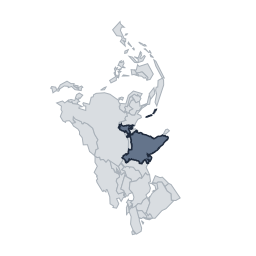 India highlighted on a map of Asia, rotated 243°
{"feature_id": "IND", "entity_name": "India", "entity_type": "country or territory", "adm_level": 0, "iso_a3": "IND", "parent_name": "Asia", "parent_adm1": "", "projection": "albers", "projection_center": [83.514, 21.122], "detail": "fine", "context": "in_parent", "style": "filled", "palette": "slate", "viewbox_px": 256, "rotation_deg": 243, "n_neighbors": 45, "source": "natural_earth", "source_scale": "50m", "svg_char_len": 17447}
<svg xmlns="http://www.w3.org/2000/svg" viewBox="0 0 256 256"><g transform="rotate(243 128 128)"><path d="M117.9,85.9L115.7,87.1L114.9,89.5L112.2,89.0L111.1,91.9L107.6,92.9L108.8,95.9L107.9,97.3L99.3,95.3L98.1,96.6L94.8,96.0L90.9,99.2L88.1,98.1L87.6,94.9L86.0,93.4L81.9,93.3L77.4,89.1L73.7,89.5L72.7,95.7L70.3,93.5L67.8,94.0L68.2,92.3L65.7,88.6L69.7,88.3L70.2,85.7L64.7,85.4L61.8,81.4L64.0,78.5L65.1,79.7L68.6,77.6L74.9,80.5L82.5,81.4L83.0,80.7L81.0,79.3L83.5,78.1L82.7,77.0L83.3,76.5L93.6,75.7L95.9,76.2L96.2,77.7L99.3,78.1L99.2,78.9L103.8,77.7L107.9,83.3L112.4,83.0L117.9,85.9Z" fill="#d9dde1" stroke="#a8b0b8" stroke-width="1"/><path d="M72.7,95.7L73.7,89.5L77.4,89.1L81.9,93.3L86.0,93.4L87.6,94.9L88.1,98.1L90.3,99.2L94.5,96.8L93.6,98.0L97.3,99.4L95.4,100.5L93.7,100.2L93.9,99.0L91.9,99.2L90.5,101.2L89.3,101.0L90.1,103.6L89.1,105.3L76.9,93.9L74.3,95.9L72.7,95.7Z" fill="#d9dde1" stroke="#a8b0b8" stroke-width="1"/><path d="M222.5,158.9L226.4,169.2L224.2,168.5L219.5,170.4L220.9,168.0L218.4,165.5L209.4,165.2L208.5,166.5L205.9,165.0L208.8,163.0L206.1,163.8L202.3,162.7L208.6,160.4L210.4,163.4L212.7,163.8L215.4,159.8L222.5,158.9ZM195.3,178.6L194.8,180.9L192.9,181.5L193.6,179.8L195.3,178.6ZM212.2,170.2L211.6,169.1L212.0,167.7L212.8,168.8L212.2,170.2ZM176.7,160.1L176.0,161.9L180.0,165.2L177.8,165.9L176.4,174.7L164.6,175.0L161.2,169.7L162.1,166.7L164.1,168.6L170.2,166.7L171.6,166.0L172.9,160.6L176.7,160.1ZM198.5,168.2L203.2,166.3L204.3,167.3L198.5,168.2ZM196.8,169.4L195.4,169.4L194.8,168.8L196.7,168.2L196.8,169.4ZM196.0,158.9L197.9,160.2L197.7,163.9L195.5,161.1L196.0,158.9ZM183.4,163.7L191.4,161.5L189.0,164.2L182.5,165.8L182.5,167.2L184.5,168.3L188.7,165.9L185.8,168.9L190.4,173.8L188.6,174.1L189.2,172.6L186.8,173.3L185.1,170.3L183.9,171.1L185.2,175.4L184.0,175.9L181.0,171.6L181.8,166.1L183.4,163.7ZM187.5,182.4L183.8,182.6L185.6,181.8L187.5,182.4ZM185.4,180.9L189.4,179.4L191.0,178.4L190.9,179.3L185.4,180.9ZM181.2,180.7L183.8,181.1L179.2,182.7L181.2,180.7ZM157.3,181.2L170.4,180.9L177.0,182.0L174.8,183.1L156.1,183.0L157.3,181.2ZM151.0,173.1L156.7,176.4L156.8,181.2L154.6,181.5L150.1,179.3L134.6,163.7L138.7,163.8L145.1,168.8L148.8,169.6L151.6,171.6L151.0,173.1Z" fill="#d9dde1" stroke="#a8b0b8" stroke-width="1"/><path d="M195.8,179.4L197.1,177.4L199.7,176.6L195.8,179.4Z" fill="#d9dde1" stroke="#a8b0b8" stroke-width="1"/><path d="M39.9,102.6L37.9,104.6L36.6,108.7L36.5,105.4L38.8,102.6L39.9,102.6Z" fill="#d9dde1" stroke="#a8b0b8" stroke-width="1"/><path d="M41.6,101.3L38.8,102.6L41.5,100.6L41.6,101.3Z" fill="#d9dde1" stroke="#a8b0b8" stroke-width="1"/><path d="M39.1,104.0L37.6,105.5L38.6,103.6L39.1,104.0Z" fill="#d9dde1" stroke="#a8b0b8" stroke-width="1"/><path d="M39.1,104.0L44.4,103.7L44.4,106.0L40.8,106.2L41.8,108.4L38.1,109.8L36.6,108.7L39.1,104.0Z" fill="#d9dde1" stroke="#a8b0b8" stroke-width="1"/><path d="M60.3,124.8L64.2,125.8L68.3,123.5L65.3,129.1L60.5,127.2L60.3,124.8Z" fill="#d9dde1" stroke="#a8b0b8" stroke-width="1"/><path d="M59.2,123.6L59.4,122.3L60.5,121.3L60.7,123.0L59.2,123.6Z" fill="#d9dde1" stroke="#a8b0b8" stroke-width="1"/><path d="M55.8,112.8L56.9,115.9L54.2,114.3L55.8,112.8Z" fill="#d9dde1" stroke="#a8b0b8" stroke-width="1"/><path d="M44.4,106.0L44.4,103.7L48.2,102.8L49.5,99.5L52.1,98.3L54.9,99.4L56.2,102.5L54.5,105.2L56.8,108.6L57.7,113.5L51.4,113.5L44.4,106.0Z" fill="#d9dde1" stroke="#a8b0b8" stroke-width="1"/><path d="M65.7,128.7L68.3,125.0L73.1,130.7L69.2,134.0L68.6,136.3L60.1,139.1L59.1,134.5L64.4,133.6L66.2,130.2L65.7,128.7ZM68.9,122.5L68.1,122.9L68.7,122.3L68.9,122.5Z" fill="#d9dde1" stroke="#a8b0b8" stroke-width="1"/><path d="M146.6,150.3L146.9,146.5L152.3,146.4L153.0,145.1L155.2,146.7L155.3,148.9L152.5,150.7L153.5,151.7L148.6,153.0L146.6,150.3Z" fill="#d9dde1" stroke="#a8b0b8" stroke-width="1"/><path d="M150.8,145.9L146.9,146.5L146.6,150.3L142.0,148.6L141.2,156.3L147.1,161.2L145.4,162.3L139.4,158.1L141.4,151.4L138.3,145.8L139.4,143.7L136.4,139.8L137.7,137.3L140.7,135.7L142.9,137.2L142.9,140.9L146.4,139.0L149.2,140.3L151.1,143.5L150.8,145.9Z" fill="#d9dde1" stroke="#a8b0b8" stroke-width="1"/><path d="M154.6,145.5L150.8,145.9L151.1,143.5L147.7,138.9L142.9,140.9L142.9,137.2L140.7,135.7L143.4,134.0L142.9,131.9L145.8,134.4L147.9,134.2L148.7,135.7L147.3,137.1L154.0,142.4L154.6,145.5Z" fill="#d9dde1" stroke="#a8b0b8" stroke-width="1"/><path d="M140.7,135.7L137.7,137.3L136.4,139.8L139.4,143.7L138.3,145.8L141.4,151.4L139.9,155.2L139.2,149.4L136.3,142.6L133.3,145.1L131.2,144.6L131.2,140.6L127.4,134.7L131.5,125.0L134.6,123.8L134.7,121.6L137.0,122.8L135.9,129.6L137.6,129.2L139.2,131.1L138.9,132.7L142.1,132.8L140.7,135.7Z" fill="#d9dde1" stroke="#a8b0b8" stroke-width="1"/><path d="M150.2,153.0L153.5,151.7L152.5,150.7L155.3,148.9L154.6,143.6L147.3,137.1L148.7,135.7L147.9,134.2L145.8,134.4L143.7,131.5L148.7,129.2L153.7,131.9L150.4,137.0L156.9,143.2L158.5,149.6L152.1,156.2L150.2,153.0Z" fill="#d9dde1" stroke="#a8b0b8" stroke-width="1"/><path d="M179.8,87.3L179.3,90.2L176.7,93.0L178.4,95.1L173.5,96.9L173.9,94.5L172.0,94.0L172.9,92.6L174.8,89.8L176.9,89.9L176.4,89.1L178.6,86.6L179.8,87.3Z" fill="#d9dde1" stroke="#a8b0b8" stroke-width="1"/><path d="M175.7,97.0L178.5,94.6L181.0,97.3L181.3,100.4L177.8,102.6L176.1,98.7L177.1,98.1L175.7,97.0Z" fill="#d9dde1" stroke="#a8b0b8" stroke-width="1"/><path d="M118.5,85.7L124.5,83.1L131.5,84.3L133.3,80.5L140.1,82.8L144.4,81.9L146.8,83.2L149.8,82.9L154.5,80.3L157.7,80.2L157.2,83.9L160.2,82.7L162.9,83.8L154.9,89.2L152.6,89.1L152.1,90.3L153.0,91.4L151.2,93.2L143.7,96.5L137.6,95.4L131.1,95.9L129.4,93.5L123.1,92.1L123.1,89.5L118.5,85.7Z" fill="#d9dde1" stroke="#a8b0b8" stroke-width="1"/><path d="M126.9,130.8L127.6,136.2L125.8,132.4L124.3,132.4L124.0,134.2L121.9,133.9L120.1,129.4L121.5,128.0L120.3,127.1L120.8,125.8L123.1,127.9L127.2,128.2L125.3,131.1L126.3,132.0L126.9,130.8Z" fill="#d9dde1" stroke="#a8b0b8" stroke-width="1"/><path d="M125.8,123.1L126.4,124.8L121.2,124.6L123.0,122.3L125.8,123.1Z" fill="#d9dde1" stroke="#a8b0b8" stroke-width="1"/><path d="M120.0,123.2L120.0,125.9L118.7,125.9L107.2,121.5L109.5,118.6L116.3,122.6L120.0,123.2Z" fill="#d9dde1" stroke="#a8b0b8" stroke-width="1"/><path d="M104.0,109.2L102.5,110.7L97.6,111.0L99.8,114.9L93.8,122.5L91.9,122.2L90.0,124.0L92.1,129.0L87.3,129.8L84.6,126.3L76.6,126.0L77.5,123.9L80.0,123.3L76.8,117.2L79.4,118.5L85.5,118.1L86.7,115.6L90.5,114.9L95.0,106.9L100.1,106.1L101.5,108.4L104.0,109.2Z" fill="#d9dde1" stroke="#a8b0b8" stroke-width="1"/><path d="M84.5,104.8L91.1,105.5L93.7,103.3L95.0,106.5L97.3,105.3L100.1,106.1L94.1,107.6L94.5,109.3L93.2,111.3L91.8,111.2L92.3,112.4L90.5,114.9L86.7,115.6L85.5,118.1L79.4,118.5L76.8,117.2L78.5,115.7L77.1,111.4L78.8,106.8L81.4,107.6L84.5,104.8Z" fill="#d9dde1" stroke="#a8b0b8" stroke-width="1"/><path d="M89.1,105.3L90.1,103.6L89.3,101.0L93.9,99.0L94.3,100.2L91.9,101.3L98.1,101.9L99.8,105.6L95.0,106.5L93.7,103.3L91.1,105.5L89.1,105.3Z" fill="#d9dde1" stroke="#a8b0b8" stroke-width="1"/><path d="M94.5,96.8L98.1,96.6L99.3,95.3L107.9,97.3L98.1,101.9L91.9,101.3L92.1,100.3L97.3,99.4L93.6,98.0L94.5,96.8Z" fill="#d9dde1" stroke="#a8b0b8" stroke-width="1"/><path d="M67.8,94.0L70.3,93.5L71.9,95.6L74.3,95.9L76.9,93.9L87.3,103.6L87.2,104.7L86.1,104.0L80.3,107.6L78.8,106.8L78.9,105.2L73.7,101.7L68.4,102.3L68.9,99.2L67.5,97.0L68.1,95.6L70.8,96.0L69.7,93.7L68.1,95.2L67.8,94.0Z" fill="#d9dde1" stroke="#a8b0b8" stroke-width="1"/><path d="M57.7,113.5L56.8,108.6L54.5,105.2L56.2,102.5L54.5,97.8L54.9,95.3L57.6,97.2L60.7,96.4L61.6,100.2L63.7,101.9L68.2,102.6L72.7,101.3L78.9,105.2L77.1,111.4L78.5,115.7L76.8,117.2L80.0,123.3L77.5,123.9L76.6,126.0L70.2,123.8L69.9,121.4L64.3,120.7L61.5,118.2L60.2,113.6L57.7,113.5Z" fill="#d9dde1" stroke="#a8b0b8" stroke-width="1"/><path d="M39.5,103.5L41.6,101.3L41.2,98.9L43.1,96.9L51.4,98.4L49.5,99.5L48.2,102.8L40.9,104.7L39.5,103.5Z" fill="#d9dde1" stroke="#a8b0b8" stroke-width="1"/><path d="M58.1,97.3L54.7,93.7L54.9,92.3L57.6,93.5L58.1,97.3Z" fill="#d9dde1" stroke="#a8b0b8" stroke-width="1"/><path d="M54.9,99.4L43.1,96.9L41.7,98.3L42.2,96.9L40.2,96.0L32.6,94.7L30.0,92.8L29.6,87.4L34.9,86.1L41.3,86.7L47.5,90.5L53.8,91.1L56.0,95.1L54.9,95.3L54.9,99.4ZM31.0,83.5L33.7,84.2L34.6,85.8L30.3,86.4L31.0,83.5Z" fill="#d9dde1" stroke="#a8b0b8" stroke-width="1"/><path d="M109.4,160.8L109.1,162.7L106.7,163.6L105.6,159.5L106.5,156.6L109.4,160.8Z" fill="#d9dde1" stroke="#a8b0b8" stroke-width="1"/><path d="M157.1,137.7L155.3,135.7L158.7,133.8L158.4,136.5L157.1,137.7ZM98.1,101.9L108.8,95.9L107.6,92.9L111.1,91.9L112.2,89.0L114.9,89.5L115.7,87.1L118.5,85.7L123.1,89.5L123.1,92.1L129.4,93.5L131.1,95.9L137.6,95.4L143.7,96.5L149.6,94.1L153.0,91.4L152.1,90.3L152.6,89.1L154.9,89.2L159.8,85.1L162.9,84.4L160.2,82.7L156.7,83.3L157.7,80.2L161.1,79.1L162.4,75.9L161.4,74.9L163.9,73.2L168.9,72.9L172.4,76.8L174.8,76.7L177.7,78.6L182.7,75.8L181.8,81.9L179.1,83.0L179.8,87.3L178.6,86.6L176.4,89.1L176.9,89.9L174.8,89.8L172.0,94.0L167.8,96.9L168.8,93.9L167.8,93.2L162.8,98.3L166.6,100.3L167.9,98.7L170.3,98.9L170.8,99.7L166.6,104.4L172.1,109.2L171.6,111.2L173.2,112.4L173.3,115.4L170.0,123.2L166.2,127.3L158.3,131.4L158.0,133.5L157.1,133.7L156.8,131.7L152.0,131.6L151.2,129.9L148.7,129.2L142.9,131.9L143.4,134.0L138.9,132.7L139.2,131.1L137.6,129.2L135.9,129.6L137.0,122.8L135.7,121.4L133.0,121.5L132.6,119.6L127.1,122.8L123.0,122.3L121.2,124.2L121.0,122.8L116.3,122.6L105.1,116.5L105.6,111.4L101.5,108.4L98.1,101.9Z" fill="#d9dde1" stroke="#a8b0b8" stroke-width="1"/><path d="M174.2,120.8L174.8,125.4L174.5,127.1L172.8,124.4L174.2,120.8Z" fill="#d9dde1" stroke="#a8b0b8" stroke-width="1"/><path d="M59.2,92.0L60.9,93.6L62.3,92.8L64.3,96.0L63.1,95.8L61.4,98.8L60.7,96.4L58.1,97.3L57.3,95.0L56.9,92.5L59.0,93.4L59.2,92.0ZM57.6,97.2L56.7,96.7L56.0,95.1L57.3,95.8L57.6,97.2Z" fill="#d9dde1" stroke="#a8b0b8" stroke-width="1"/><path d="M50.9,87.1L58.1,90.6L59.3,93.2L52.2,90.8L52.6,88.9L50.9,87.1Z" fill="#d9dde1" stroke="#a8b0b8" stroke-width="1"/><path d="M179.5,144.4L177.3,142.6L179.6,142.8L179.5,144.4ZM183.9,149.4L183.0,146.1L184.0,147.0L184.8,145.0L183.9,149.4ZM187.8,147.0L191.0,150.9L190.9,152.7L189.7,151.1L189.1,152.2L189.8,154.3L187.4,153.8L185.5,151.2L182.8,153.0L184.9,149.7L188.3,148.3L187.8,147.0ZM177.4,148.0L173.8,152.9L176.8,146.6L177.4,148.0ZM178.7,133.2L179.4,140.4L183.4,140.5L184.2,142.6L181.8,141.3L177.7,141.7L178.0,140.4L175.8,139.2L175.9,133.3L178.7,133.2ZM181.6,147.3L180.7,144.7L183.0,144.8L181.6,147.3ZM186.9,142.7L187.9,144.5L186.4,144.4L186.6,146.6L184.6,142.5L186.9,142.7Z" fill="#d9dde1" stroke="#a8b0b8" stroke-width="1"/><path d="M143.3,161.2L148.8,162.3L152.1,169.4L146.4,167.5L143.3,161.2ZM176.7,160.1L172.9,160.6L171.6,166.0L164.1,168.6L162.6,167.8L162.1,166.7L165.0,166.5L165.1,164.9L168.0,163.7L169.8,160.8L172.0,160.7L173.6,155.6L178.6,157.3L176.7,160.1Z" fill="#d9dde1" stroke="#a8b0b8" stroke-width="1"/><path d="M171.8,158.7L172.0,160.7L170.8,161.5L169.8,160.8L171.8,158.7Z" fill="#d9dde1" stroke="#a8b0b8" stroke-width="1"/><path d="M197.2,87.3L197.4,94.9L193.4,97.4L192.0,100.1L190.3,98.5L184.7,101.6L186.6,102.4L186.5,105.7L184.8,106.2L184.7,104.6L182.6,103.3L186.2,98.2L190.6,96.6L191.1,93.1L192.3,93.6L194.4,90.2L193.8,84.9L195.1,84.0L197.2,87.3ZM197.9,78.2L198.6,77.2L199.6,78.8L197.2,82.1L194.7,81.8L194.6,83.8L193.1,84.4L192.3,82.9L193.9,80.8L193.4,77.1L197.9,78.2ZM186.9,101.7L188.7,99.4L190.3,100.0L188.3,102.7L186.9,101.7Z" fill="#d9dde1" stroke="#a8b0b8" stroke-width="1"/><path d="M59.1,134.5L60.1,139.1L58.1,140.7L42.0,142.7L41.7,137.7L44.0,133.8L49.9,136.4L54.1,134.2L59.1,134.5Z" fill="#d9dde1" stroke="#a8b0b8" stroke-width="1"/><path d="M36.5,109.0L40.7,109.0L41.8,108.4L40.8,106.2L44.4,106.0L51.4,113.5L55.6,114.8L58.9,119.9L60.5,127.2L65.7,128.7L66.2,130.2L64.4,133.6L54.1,134.2L49.9,136.4L44.0,133.8L42.5,135.8L38.9,125.3L39.0,120.7L35.3,111.1L36.5,109.0Z" fill="#d9dde1" stroke="#a8b0b8" stroke-width="1"/><path d="M39.4,97.9L36.5,99.0L35.7,97.8L39.4,97.9Z" fill="#d9dde1" stroke="#a8b0b8" stroke-width="1"/><path d="M87.3,129.5L87.6,129.4L88.2,129.4L88.3,128.8L89.6,129.0L90.0,129.2L90.4,129.2L90.5,129.0L91.2,128.8L91.3,128.8L91.3,129.1L91.5,129.2L92.1,128.9L92.0,128.6L92.1,128.4L91.6,127.0L91.6,126.5L91.0,126.4L90.8,126.0L90.9,124.9L89.9,124.4L90.1,123.7L90.7,123.1L91.1,122.4L91.6,122.1L91.9,122.3L92.0,122.7L92.2,122.8L93.9,122.4L94.1,122.1L94.4,121.8L94.8,121.0L95.7,120.6L96.3,119.7L96.6,119.0L97.3,118.7L97.5,118.5L97.5,118.1L98.2,117.3L98.7,117.1L98.5,116.8L98.7,116.3L98.5,115.8L98.6,115.6L99.9,115.0L99.7,114.7L98.9,114.4L98.9,113.9L98.4,113.9L98.4,113.5L97.9,113.1L98.2,112.5L97.9,112.1L98.4,111.8L97.9,111.5L98.0,111.2L97.7,110.9L98.0,110.5L98.5,110.3L100.7,110.9L101.2,110.6L102.0,110.5L102.7,110.1L102.8,109.9L103.9,109.2L104.3,109.3L104.2,109.7L104.7,110.8L105.2,111.0L105.6,111.4L105.6,111.6L105.3,111.9L105.3,112.9L105.8,113.5L105.9,113.9L105.9,114.7L105.5,115.0L105.1,114.5L104.7,114.6L104.8,115.2L105.2,115.7L105.1,116.1L105.3,116.3L105.1,116.6L105.1,116.8L105.5,116.8L105.6,116.7L106.3,117.5L106.8,117.5L107.3,117.9L107.4,118.3L108.2,118.6L108.7,119.0L108.4,119.1L107.7,119.8L107.4,120.4L107.4,120.8L107.2,121.2L107.1,121.5L107.7,121.9L107.9,121.8L110.0,123.3L110.2,123.2L110.9,123.7L111.3,123.6L111.4,123.9L112.3,124.2L112.5,124.0L113.1,124.2L113.6,124.0L114.4,124.3L114.5,124.8L115.2,125.1L115.4,125.3L116.0,125.2L116.2,125.3L116.3,125.6L116.7,125.5L117.8,125.9L118.3,125.7L118.4,125.9L118.8,126.0L119.0,125.9L119.7,125.8L119.9,125.9L120.2,125.3L119.8,124.5L120.1,123.4L120.0,123.1L120.8,122.8L121.1,122.9L121.2,123.2L121.1,123.8L121.3,124.2L121.1,124.4L121.3,124.8L121.7,125.1L122.0,125.0L122.8,125.3L123.3,125.1L123.7,124.9L124.3,125.1L125.2,125.0L125.4,124.8L125.8,124.9L126.4,124.8L126.5,124.7L126.3,124.4L126.5,124.0L126.3,123.7L125.9,123.7L125.6,123.5L125.7,123.2L126.2,123.2L126.4,123.0L127.1,122.9L127.4,122.7L127.4,122.4L127.9,122.0L128.2,121.4L129.0,121.2L129.3,120.9L129.4,120.7L130.3,120.0L130.5,120.3L131.5,120.4L131.7,120.1L132.5,119.6L132.9,120.0L133.0,119.9L132.7,120.3L132.7,120.6L133.2,120.3L133.5,120.8L133.1,121.5L133.6,121.4L133.8,121.5L134.3,121.5L134.7,121.7L134.8,122.2L134.1,122.9L134.6,123.8L134.3,123.7L133.9,123.4L133.1,123.6L131.5,125.0L131.4,125.4L131.5,126.0L131.3,126.6L130.7,127.4L130.7,127.6L131.0,127.9L130.4,129.3L130.2,130.1L129.4,129.9L129.1,130.0L128.8,129.8L129.0,130.5L129.0,131.6L128.9,131.8L128.7,131.8L128.6,132.4L128.7,133.3L128.4,133.7L128.0,133.5L127.8,133.8L127.6,132.5L127.3,132.0L127.1,130.7L126.6,130.7L126.6,131.0L126.3,131.4L126.3,131.9L126.1,132.0L125.9,131.9L125.8,131.6L125.7,131.6L125.7,131.9L125.3,130.9L125.4,130.3L125.6,130.0L126.4,129.7L126.5,129.4L126.8,129.3L126.9,128.4L127.3,128.5L127.3,128.3L126.6,127.9L124.0,128.1L123.0,127.9L122.9,126.7L122.6,126.2L122.5,126.6L122.2,126.6L121.9,126.4L121.6,125.8L121.4,125.9L121.5,126.1L121.3,126.1L121.0,126.1L120.9,125.8L120.5,125.6L120.6,125.9L120.2,126.5L120.1,126.9L120.8,127.5L121.2,127.6L121.5,128.0L121.3,128.1L120.7,128.1L120.5,128.7L120.2,128.7L120.0,129.2L120.3,129.4L121.2,129.8L121.2,130.3L121.0,130.9L121.3,131.4L121.3,131.7L121.6,131.8L121.5,132.1L121.9,133.5L121.9,134.1L121.7,134.1L121.9,134.7L121.7,134.7L121.4,134.8L121.3,134.5L121.4,134.0L121.2,133.8L121.1,134.7L120.9,134.8L120.6,134.5L120.6,134.8L120.4,134.7L120.5,133.8L120.1,133.6L120.0,133.4L120.1,133.6L120.4,133.8L120.1,134.4L119.6,134.7L118.7,135.0L118.3,135.5L118.2,135.8L118.5,136.5L118.1,137.3L117.7,137.5L117.5,137.8L117.3,137.8L117.2,138.0L116.1,138.4L116.0,138.1L115.6,138.3L115.5,138.6L115.8,138.5L114.8,139.5L113.6,141.1L112.9,141.5L112.1,142.3L110.6,143.3L110.5,143.6L110.6,143.9L110.4,144.3L109.6,144.7L108.7,144.7L108.2,145.7L107.9,145.7L107.6,145.5L107.0,145.8L106.6,146.5L106.6,147.0L106.7,148.1L106.6,148.5L106.9,149.9L106.7,149.5L107.0,150.1L106.8,151.4L106.1,152.6L105.9,153.4L105.9,153.6L105.8,153.9L106.0,154.1L106.0,155.7L105.4,155.7L105.0,155.8L104.9,156.2L104.3,157.0L104.4,157.4L105.1,157.7L104.4,157.6L103.3,157.8L102.9,158.2L102.6,159.1L101.6,159.6L100.8,159.2L99.9,158.1L99.5,157.0L99.4,156.2L99.6,156.4L99.6,156.9L99.8,156.9L99.6,156.2L99.4,155.9L99.4,155.7L98.6,153.5L98.3,152.9L97.7,152.2L97.3,151.2L97.1,150.3L97.0,149.2L96.5,147.6L95.8,146.5L95.6,145.9L95.9,145.9L95.6,145.6L95.7,145.4L95.4,145.3L94.9,143.9L94.8,141.7L94.4,139.8L94.7,139.1L94.6,138.9L94.4,139.2L94.4,138.6L94.7,138.6L94.3,138.5L94.4,138.2L94.2,137.6L94.7,136.0L94.6,135.2L94.4,135.1L94.3,134.7L94.5,134.6L94.3,134.6L95.2,134.1L94.2,134.1L94.3,133.8L94.5,133.6L94.2,133.6L94.3,133.3L94.7,133.1L93.7,133.0L93.9,133.2L93.8,133.4L93.4,133.8L93.7,134.0L93.7,134.4L93.3,135.1L91.5,135.7L91.0,135.7L90.6,135.4L89.9,134.8L88.7,133.1L88.3,132.5L88.5,132.3L88.8,132.6L90.4,132.2L91.0,131.4L90.7,131.5L90.4,131.5L89.6,131.8L88.9,131.5L87.9,130.8L87.6,130.1L88.3,129.6L87.3,130.0L87.3,129.5ZM129.1,153.1L128.8,152.5L129.0,151.9L129.0,151.2L129.2,149.7L129.3,149.5L129.5,149.3L129.6,149.6L129.6,149.9L129.3,150.5L129.5,151.2L129.3,151.4L129.4,151.8L129.1,152.2L129.2,152.4L129.1,153.1ZM131.8,161.2L131.7,161.6L131.3,161.2L131.4,160.9L131.6,160.8L131.8,161.2ZM128.9,154.9L128.6,154.9L128.6,154.5L128.8,154.3L129.0,154.6L128.9,154.9ZM130.9,159.6L130.7,159.6L130.6,159.4L130.9,159.6ZM131.0,159.3L130.9,159.4L130.9,159.0L131.0,159.0L131.0,159.3ZM131.4,160.5L131.2,160.6L131.4,160.5L131.4,160.5ZM129.6,157.4L129.4,157.4L129.5,157.2L129.6,157.4ZM129.1,153.3L128.9,153.3L129.0,153.1L129.1,153.3ZM129.6,152.1L129.7,152.4L129.5,152.2L129.6,152.1ZM130.2,158.8L130.3,159.1L130.1,159.0L130.2,158.8Z" fill="#64748b" stroke="#1e293b" stroke-width="1.5"/></g></svg>